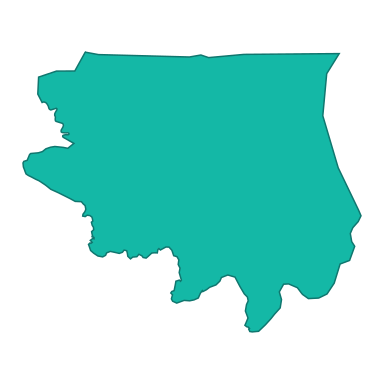 the district of Bertie, North Carolina, United States of America
{"feature_id": "52423323B7787272397887", "entity_name": "Bertie", "entity_type": "district", "adm_level": 2, "iso_a3": "USA", "parent_name": "United States of America", "parent_adm1": "North Carolina", "projection": "albers", "projection_center": [-77.103, 36.03], "detail": "fine", "context": "isolated", "style": "filled", "palette": "teal", "viewbox_px": 384, "rotation_deg": 0, "n_neighbors": 0, "source": "geoboundaries", "source_scale": "gbopen_adm2", "svg_char_len": 2861}
<svg xmlns="http://www.w3.org/2000/svg" viewBox="0 0 384 384"><path d="M354.7,246.3L351.7,241.6L350.3,233.5L352.8,227.7L358.2,221.6L361.0,215.8L358.7,210.4L338.2,167.8L322.8,115.8L326.7,73.7L339.2,53.6L244.0,54.4L208.6,57.6L200.9,55.0L189.4,57.0L98.5,54.6L85.5,52.2L85.4,52.1L85.0,52.6L74.8,71.0L56.4,71.1L38.6,77.1L37.8,94.1L42.1,102.5L43.8,101.9L45.6,102.5L46.7,103.5L48.1,105.7L49.0,108.6L49.5,109.3L50.6,109.9L51.0,109.9L56.2,108.3L56.7,108.6L57.0,109.0L56.9,109.7L56.3,110.8L55.3,112.5L54.8,113.7L54.7,114.4L54.7,115.3L55.3,116.7L55.4,117.5L55.2,119.1L55.3,120.2L55.5,120.9L56.1,121.4L62.5,123.4L63.2,124.3L63.4,125.6L63.1,126.6L62.6,127.6L61.6,129.4L61.2,130.1L61.1,130.9L61.2,131.9L62.1,132.5L64.1,132.8L66.2,132.9L67.3,132.8L68.2,132.9L68.8,133.3L69.0,133.8L68.7,134.5L68.2,134.7L67.2,134.8L66.1,134.7L65.0,134.8L63.3,135.2L62.8,135.6L62.7,136.5L63.1,137.2L63.9,137.7L73.9,143.4L67.8,148.3L63.3,147.4L54.9,146.5L50.5,147.2L45.9,148.8L42.4,151.6L38.4,152.8L30.7,153.5L29.6,154.5L27.2,160.3L23.8,161.4L23.1,162.8L23.0,163.0L23.2,165.0L23.4,167.0L24.2,169.0L25.1,171.6L26.1,174.0L28.4,175.5L29.4,176.0L31.5,177.0L35.6,179.2L38.9,180.7L45.4,185.0L50.8,189.3L57.4,192.3L64.3,195.7L69.9,198.5L75.2,201.4L81.4,201.7L83.1,203.8L85.1,205.6L85.8,209.2L85.0,211.5L83.0,214.2L82.7,216.1L85.2,216.6L87.2,215.2L90.0,215.6L91.9,217.1L92.4,218.7L92.8,221.1L91.4,222.2L92.2,225.3L93.4,227.2L93.7,229.7L91.6,231.6L92.1,234.2L92.6,235.9L92.4,235.8L92.3,235.7L92.0,236.7L92.7,236.9L94.0,237.5L94.0,238.8L92.7,238.5L90.3,240.4L91.3,241.4L92.2,242.4L90.9,243.4L90.1,242.9L88.5,244.4L89.0,245.7L90.6,250.5L93.7,253.2L97.9,256.0L102.7,256.9L105.6,255.3L106.6,252.9L110.3,251.4L114.5,252.3L119.3,253.4L122.4,252.3L124.1,250.1L126.7,250.7L127.3,253.1L127.8,256.3L130.5,258.9L132.7,257.1L136.9,256.7L138.9,254.3L141.9,255.8L143.1,257.5L146.1,258.1L147.9,256.6L151.7,253.1L154.1,252.8L157.3,252.9L157.9,249.6L158.9,248.6L160.4,250.0L165.9,247.0L169.0,247.1L171.9,250.3L173.7,255.7L177.0,256.7L178.8,259.9L178.2,264.5L180.0,268.1L179.2,272.6L180.7,277.8L181.4,280.1L180.5,281.3L179.3,280.1L175.9,281.2L175.3,284.7L174.1,290.6L171.8,291.5L170.8,293.0L172.5,294.8L171.4,298.9L172.6,301.2L176.7,303.1L184.1,300.4L189.7,300.8L194.0,299.9L198.3,298.0L200.4,293.2L202.3,290.7L202.8,291.6L206.5,289.7L209.6,287.3L216.0,284.9L219.9,281.1L221.4,277.5L227.8,275.0L235.0,277.1L240.0,286.6L244.3,293.9L247.4,297.0L248.2,300.9L246.5,304.6L245.4,311.0L248.0,318.0L245.9,323.1L244.9,325.3L246.8,326.8L248.4,327.2L249.5,328.6L248.7,329.1L249.8,331.5L252.2,331.9L258.6,331.3L265.5,324.7L271.1,318.5L274.6,314.1L280.2,307.9L281.5,299.6L279.3,291.9L283.6,284.2L288.6,283.9L297.4,287.7L301.9,293.7L302.9,294.7L303.5,295.1L308.4,298.6L317.7,298.1L318.2,298.1L318.5,298.0L319.0,297.9L327.0,294.0L334.2,283.2L340.1,264.0L349.6,260.4L354.7,246.3Z" fill="#14b8a6" stroke="#0f766e" stroke-width="1.5"/></svg>